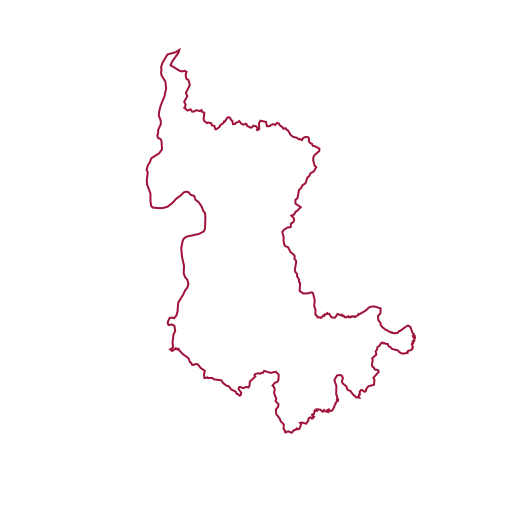 Mae Sariang, Mae Hong Son, Thailand, rotated 32°
{"feature_id": "78962969B31524896745165", "entity_name": "Mae Sariang", "entity_type": "district", "adm_level": 2, "iso_a3": "THA", "parent_name": "Thailand", "parent_adm1": "Mae Hong Son", "projection": "mercator", "projection_center": [97.922, 18.297], "detail": "fine", "context": "isolated", "style": "outline", "palette": "rose", "viewbox_px": 512, "rotation_deg": 32, "n_neighbors": 0, "source": "geoboundaries", "source_scale": "gbopen_adm2", "svg_char_len": 6132}
<svg xmlns="http://www.w3.org/2000/svg" viewBox="0 0 512 512"><g transform="rotate(32 256 256)"><path d="M421.5,289.3L420.1,288.1L416.8,289.3L414.7,288.0L413.5,288.2L411.9,286.9L410.1,282.2L408.7,281.2L410.3,275.9L408.0,273.4L408.2,271.5L407.3,268.7L408.2,267.1L408.4,263.1L409.3,262.3L410.2,262.7L411.5,261.6L412.6,261.8L414.5,260.8L416.4,262.3L418.2,262.0L420.6,262.7L426.5,260.8L428.5,261.6L431.4,261.4L433.1,260.4L435.1,258.5L435.2,257.4L435.7,257.5L435.2,256.1L437.3,253.5L437.9,251.8L437.2,251.1L437.4,250.2L435.2,248.5L435.4,247.0L434.7,247.0L435.2,244.9L434.2,244.9L434.9,243.7L434.0,242.3L434.4,241.6L433.3,240.0L432.3,241.4L431.4,240.6L431.8,239.7L431.3,238.6L430.0,238.6L424.4,234.3L421.9,234.4L421.1,235.2L417.9,243.3L417.2,243.7L416.9,246.0L415.1,247.6L412.2,249.2L411.6,248.7L410.3,249.4L404.5,249.8L400.4,249.3L398.1,248.2L397.0,246.8L393.7,245.5L391.2,242.2L391.9,238.7L389.5,234.4L383.2,236.0L380.6,237.8L379.1,239.7L377.9,244.2L374.4,250.9L373.7,250.9L374.0,251.8L372.4,255.2L371.4,255.0L370.9,255.9L369.7,256.0L368.8,256.8L368.8,257.8L368.1,257.7L367.1,258.8L366.2,258.2L364.4,260.8L362.0,260.2L361.8,261.0L360.5,261.1L359.7,260.3L358.9,261.4L355.8,262.0L355.8,266.1L354.1,267.5L352.1,267.9L348.7,266.2L347.4,267.3L346.6,266.8L346.0,268.8L345.3,269.0L345.5,270.7L344.5,270.8L344.3,273.3L343.6,274.3L342.8,274.1L340.8,275.5L339.5,274.4L338.1,274.5L337.1,273.8L335.1,270.2L331.8,267.6L329.5,262.7L324.6,257.8L323.4,257.1L321.9,257.7L320.4,259.7L316.1,262.7L311.6,262.6L307.7,255.5L306.4,255.4L304.8,253.1L301.6,251.5L300.3,249.4L298.2,248.9L296.4,247.4L293.2,239.7L292.5,238.8L290.0,238.0L289.0,235.7L287.2,234.8L283.2,234.4L278.6,231.6L275.4,232.1L274.1,231.4L271.1,228.3L269.6,225.5L265.5,221.6L265.8,219.0L267.8,214.9L270.1,213.2L268.5,209.9L269.7,207.4L269.4,205.3L267.6,203.7L264.6,203.1L266.3,200.5L266.1,197.4L266.8,196.6L268.1,190.9L261.8,190.7L259.7,187.6L260.5,184.9L257.5,177.2L258.2,174.4L257.9,171.6L259.4,168.0L258.0,162.1L258.8,160.2L258.4,157.0L260.2,153.5L260.0,148.7L257.8,148.3L253.7,144.4L252.4,142.0L252.1,139.8L254.0,133.5L252.9,131.4L248.3,131.6L245.8,132.4L244.0,131.2L242.3,131.5L240.2,130.8L238.5,128.1L237.4,127.7L234.9,128.7L233.5,130.8L233.5,133.4L231.1,133.5L230.4,134.4L227.9,134.1L224.6,135.3L221.1,135.0L216.9,132.6L215.4,132.8L213.4,131.9L211.8,133.6L210.5,132.8L206.7,132.5L205.4,131.5L203.3,132.0L202.9,134.7L200.8,135.0L199.0,137.4L199.0,138.4L196.9,140.0L196.3,140.0L193.4,137.0L188.0,138.9L188.2,141.9L191.5,146.6L190.5,148.6L190.0,148.6L189.9,147.2L187.6,145.9L184.7,146.9L184.2,149.4L183.3,150.1L179.4,150.3L178.4,149.3L177.1,149.3L175.9,151.2L173.6,151.6L170.2,150.5L169.5,152.4L168.3,153.5L168.2,155.1L166.7,156.4L164.2,153.9L162.7,153.8L160.7,152.5L159.0,153.0L158.3,154.4L158.4,158.1L157.5,158.9L158.0,160.0L156.3,164.3L156.7,165.5L155.4,169.3L154.3,170.0L151.8,167.8L149.2,168.5L147.6,167.1L144.5,168.2L144.0,169.3L140.3,168.8L139.0,167.6L136.3,161.9L133.5,162.3L132.5,161.2L131.5,162.9L127.9,164.1L126.8,166.4L125.4,167.4L122.8,166.3L120.9,168.9L116.6,168.3L116.8,166.6L116.1,165.0L113.4,163.3L113.0,156.8L110.1,154.9L109.3,146.1L105.5,142.6L103.4,142.7L101.7,141.4L100.2,139.3L99.4,136.6L97.1,136.9L95.8,138.5L93.3,139.4L82.4,139.5L81.9,135.4L82.5,124.6L81.7,121.9L79.8,125.8L74.1,132.1L74.3,141.6L75.6,146.6L77.0,147.8L78.3,150.8L80.2,152.9L86.7,156.1L91.0,161.5L93.7,168.9L95.3,178.2L97.2,184.6L99.2,188.5L103.0,191.3L104.8,193.6L105.5,195.1L106.2,201.0L107.8,203.5L108.6,206.3L110.4,207.8L113.0,207.5L114.7,208.3L119.7,215.2L119.5,220.1L115.4,228.7L116.3,232.6L116.2,236.3L117.5,240.8L119.8,242.3L123.5,250.1L125.8,253.1L133.4,259.0L137.4,265.4L140.7,269.2L142.9,269.6L148.4,266.8L151.7,264.6L155.0,260.9L157.1,255.0L158.0,249.6L160.0,244.8L161.0,240.4L162.2,238.9L164.7,237.6L168.2,238.7L171.7,237.8L174.7,240.3L179.0,240.8L183.6,242.8L187.3,245.6L190.1,246.7L193.0,250.7L198.3,259.9L198.7,262.8L196.1,267.3L186.7,276.6L185.6,279.3L185.8,282.0L188.4,288.9L193.8,296.0L200.2,302.5L203.7,308.8L206.7,311.3L210.6,312.7L213.6,315.7L214.5,319.3L214.1,323.0L214.7,327.1L214.7,336.7L218.9,344.8L220.0,348.5L219.5,352.2L217.3,352.8L215.6,354.3L216.1,358.4L216.7,359.7L218.4,360.9L221.1,358.6L223.7,358.4L227.3,362.5L227.6,366.3L231.0,373.4L233.9,377.3L233.8,379.0L232.7,380.7L235.3,381.0L236.7,377.0L237.3,377.3L237.6,376.5L238.8,376.7L239.5,376.0L239.7,376.7L240.2,376.4L245.4,377.9L253.1,378.5L256.2,381.0L257.5,380.9L259.3,382.1L260.4,381.8L262.6,379.1L264.4,378.8L268.4,380.3L273.5,380.5L274.7,384.1L277.0,386.8L279.2,384.7L279.8,385.0L283.6,382.6L285.7,382.9L292.4,379.8L295.5,381.2L299.4,381.6L302.1,380.9L305.6,382.3L310.8,381.8L312.7,383.1L314.3,382.7L316.2,383.2L316.7,382.3L316.1,379.9L311.7,378.0L311.1,376.4L311.9,375.5L315.3,374.8L317.0,372.2L319.3,371.5L319.2,369.3L317.3,365.8L319.3,358.6L317.9,358.0L317.8,356.6L320.0,354.3L322.0,353.6L322.3,352.5L323.8,351.3L323.8,349.1L330.3,347.4L334.1,343.7L338.2,344.7L340.7,349.3L340.8,351.3L339.0,353.9L338.7,357.2L340.8,357.6L342.8,359.5L343.6,362.0L344.9,363.5L348.8,366.2L349.4,368.6L353.6,369.8L354.7,372.1L354.2,375.3L355.5,377.7L357.3,379.5L362.1,381.2L364.6,383.1L368.8,384.1L371.1,388.1L373.1,388.8L374.4,390.1L376.3,387.6L379.9,387.0L380.6,383.3L381.7,382.4L381.9,380.6L383.4,380.8L384.4,379.6L383.4,374.6L381.9,374.1L383.4,372.8L387.4,371.6L387.6,368.1L386.7,365.8L387.5,364.1L389.5,364.2L390.3,363.5L390.4,361.7L388.9,361.9L388.0,361.2L388.6,360.9L388.0,360.3L388.9,359.4L387.6,355.8L389.5,355.3L389.9,354.6L388.8,353.8L391.9,352.2L395.1,352.7L395.3,350.6L396.4,351.1L399.7,350.1L398.1,349.0L399.1,347.4L400.7,348.3L402.4,346.9L402.4,342.6L401.8,341.5L401.9,339.3L401.3,338.8L401.7,336.8L401.0,335.5L402.2,335.1L401.6,334.0L400.7,334.2L398.8,331.7L397.5,331.1L393.1,323.7L388.2,319.7L388.0,314.4L390.4,312.3L392.3,312.1L394.4,313.4L395.3,316.9L397.0,318.1L401.8,318.7L404.4,320.9L407.9,320.5L411.4,322.0L415.9,322.8L417.6,321.4L418.4,322.5L418.2,321.6L418.7,321.3L417.5,320.8L416.9,318.7L417.4,318.4L415.9,316.2L416.0,314.3L417.1,313.4L419.5,313.7L420.5,313.1L420.7,311.6L420.0,310.9L420.3,306.9L424.3,302.7L422.1,298.3L420.1,297.0L421.5,289.3Z" fill="none" stroke="#9f1239" stroke-width="2"/></g></svg>